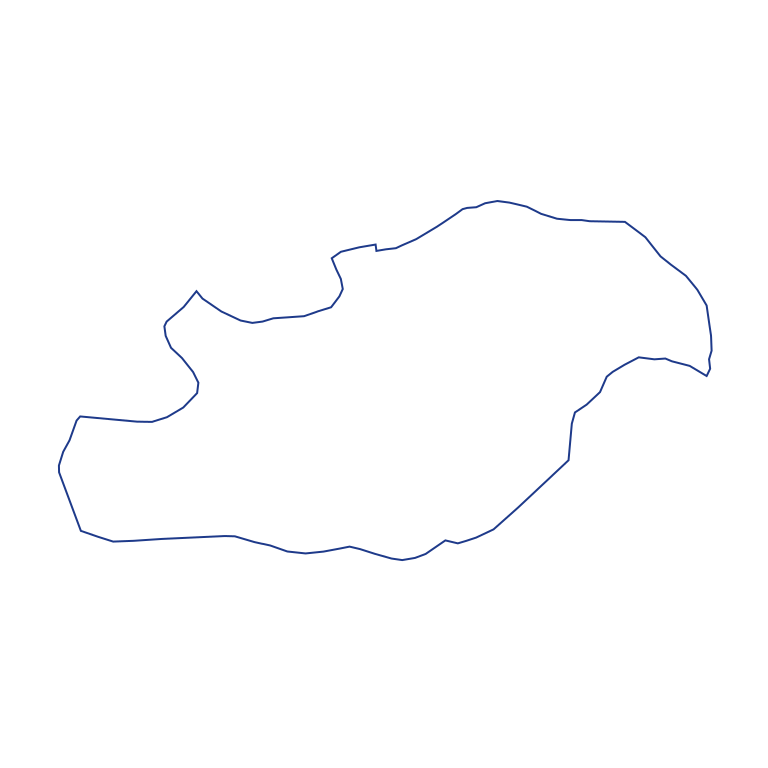 the district of Dreikish, Tartus, Syria, rotated 357°
{"feature_id": "27442178B79430829635583", "entity_name": "Dreikish", "entity_type": "district", "adm_level": 2, "iso_a3": "SYR", "parent_name": "Syria", "parent_adm1": "Tartus", "projection": "albers", "projection_center": [36.147, 34.928], "detail": "fine", "context": "isolated", "style": "outline", "palette": "blue", "viewbox_px": 768, "rotation_deg": 357, "n_neighbors": 0, "source": "geoboundaries", "source_scale": "gbopen_adm2", "svg_char_len": 1802}
<svg xmlns="http://www.w3.org/2000/svg" viewBox="0 0 768 768"><g transform="rotate(357 384 384)"><path d="M382.9,244.3L366.5,246.2L347.9,249.7L338.4,255.7L342.4,267.2L346.4,276.8L347.8,287.0L344.0,294.2L335.2,304.6L321.7,308.0L320.2,308.5L307.7,312.1L290.3,312.4L276.9,312.6L266.0,315.3L255.7,316.1L244.1,313.1L225.4,303.1L207.2,289.2L201.6,281.5L188.0,296.6L170.2,310.3L167.7,314.9L168.5,324.5L173.2,336.7L183.6,347.5L194.0,362.1L198.7,373.0L196.9,383.3L182.3,397.0L165.5,405.8L164.7,406.0L152.2,409.2L150.4,409.7L141.4,409.1L136.1,408.7L135.6,408.7L78.9,400.5L75.1,404.4L67.0,423.8L60.1,434.9L55.1,448.4L54.9,455.2L73.6,514.8L90.4,521.6L105.3,527.2L125.8,527.5L132.6,527.4L154.1,527.1L217.1,527.5L227.1,528.3L246.4,535.1L253.6,537.1L255.0,537.4L261.9,539.3L278.7,546.2L296.8,549.1L314.8,548.2L331.4,546.0L341.1,544.6L351.4,547.6L366.2,553.2L382.4,558.7L393.0,560.8L405.9,559.3L416.7,555.9L437.1,543.4L449.4,547.0L457.7,545.0L468.0,542.2L485.8,534.9L511.3,514.5L535.4,494.2L564.3,469.8L569.5,433.4L573.2,422.4L585.3,415.2L599.3,403.4L606.8,388.4L607.6,387.8L613.1,383.8L625.2,377.4L639.8,370.7L655.3,373.5L666.3,373.3L672.7,376.4L690.2,381.9L706.6,392.9L706.8,392.6L710.5,385.8L709.9,376.3L712.9,367.9L713.1,355.1L713.1,352.6L713.0,351.7L712.7,348.6L712.1,342.3L710.3,322.5L701.9,306.4L700.2,304.0L691.2,291.8L676.6,279.7L666.8,271.0L658.7,259.6L652.7,251.1L644.5,244.2L633.1,234.7L597.9,232.2L589.8,230.6L579.2,230.1L576.4,229.7L565.4,228.0L549.8,222.3L544.3,219.1L535.9,214.4L527.4,211.9L525.0,211.2L518.7,209.4L506.7,207.2L494.4,208.8L485.4,212.3L480.6,212.4L476.3,212.5L471.6,213.5L464.9,217.9L455.4,223.6L450.9,226.3L446.6,228.8L445.1,229.7L443.2,230.7L430.2,237.6L423.8,241.0L409.1,246.5L403.0,249.0L393.0,249.6L383.4,250.7L382.9,244.3Z" fill="none" stroke="#1e3a8a" stroke-width="2"/></g></svg>